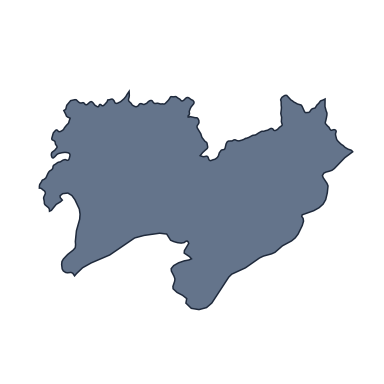 the District of Zlatiborski, rotated 280°
{"feature_id": "SRB-1505", "entity_name": "Zlatiborski", "entity_type": "District", "adm_level": 1, "iso_a3": "SRB", "parent_name": "Republic of Serbia", "parent_adm1": "", "projection": "equal_earth", "projection_center": [19.945, 43.584], "detail": "fine", "context": "isolated", "style": "filled", "palette": "slate", "viewbox_px": 384, "rotation_deg": 280, "n_neighbors": 0, "source": "natural_earth", "source_scale": "10m", "svg_char_len": 5960}
<svg xmlns="http://www.w3.org/2000/svg" viewBox="0 0 384 384"><g transform="rotate(280 192 192)"><path d="M154.7,290.4L147.0,284.2L144.9,281.1L141.3,273.5L138.8,270.0L126.6,257.8L118.0,245.4L114.6,243.0L86.1,230.8L80.7,226.4L77.4,219.3L77.3,211.5L81.5,205.3L86.1,205.3L88.6,200.7L90.5,194.7L93.4,190.2L95.7,189.6L101.0,190.4L103.4,190.3L105.8,189.0L110.6,185.4L112.9,184.8L116.3,186.7L119.9,191.0L122.8,196.2L124.5,200.7L126.1,203.1L127.9,200.8L130.5,194.9L133.0,194.7L140.8,197.7L142.4,196.7L142.9,195.6L142.3,194.4L140.8,193.0L139.8,190.2L139.6,186.5L140.0,182.6L140.8,179.3L146.2,174.4L145.8,167.3L140.9,152.3L136.8,143.5L115.7,121.9L104.7,105.1L98.4,97.4L91.4,92.3L89.0,90.9L91.3,88.7L91.8,86.8L90.8,83.4L90.8,81.5L91.9,79.0L93.7,77.5L98.0,76.2L101.0,76.0L103.7,77.0L108.9,80.4L114.2,85.1L116.9,86.7L119.9,86.5L123.0,85.7L133.9,84.9L145.7,86.1L150.7,85.6L155.6,84.0L164.1,78.0L167.7,74.3L169.4,69.9L167.9,64.9L165.3,62.7L163.5,63.3L162.2,64.9L161.5,65.7L159.5,64.2L156.2,60.4L149.5,56.7L148.3,55.0L150.5,54.4L151.0,54.0L151.6,53.4L153.8,49.6L154.8,48.7L157.2,48.1L160.2,46.9L161.2,46.9L164.7,47.8L165.3,47.8L166.6,47.3L167.5,46.4L168.2,44.8L169.2,43.2L169.4,42.5L169.5,41.8L169.3,41.0L171.1,40.7L173.0,40.7L175.5,41.8L177.2,42.3L177.8,42.6L178.8,44.2L180.6,45.7L185.3,46.9L187.1,47.6L188.1,48.3L189.4,49.8L190.6,50.6L191.5,50.8L193.3,50.7L194.4,51.2L195.8,52.8L197.6,54.5L198.2,55.4L198.6,56.6L199.0,57.3L200.8,59.2L201.4,60.2L201.9,61.4L201.9,62.0L201.5,63.4L201.5,63.7L201.8,64.4L202.5,65.0L203.7,65.3L206.7,65.5L207.7,65.3L208.4,64.8L208.7,64.4L209.1,63.4L209.1,62.6L209.1,61.1L208.9,59.7L208.1,57.1L206.7,53.9L205.6,52.5L203.1,50.9L202.0,50.0L201.4,49.4L201.4,48.7L201.8,48.1L203.2,47.3L204.1,47.0L205.4,46.9L206.5,47.1L207.3,47.7L209.3,49.6L212.3,51.3L212.8,51.3L213.6,51.0L215.3,49.3L217.9,48.3L218.5,47.3L219.1,45.3L219.8,44.7L220.7,44.6L224.8,45.0L226.2,45.2L227.7,46.1L229.1,47.0L229.6,47.7L229.5,48.6L228.4,50.0L228.3,50.7L228.7,51.9L229.9,53.4L231.2,54.6L233.2,55.3L236.1,56.9L237.6,58.0L238.6,58.5L241.2,58.8L243.5,59.2L244.2,56.5L244.9,55.2L246.5,54.2L250.0,51.6L250.9,52.7L251.5,53.2L252.4,53.4L254.8,53.5L255.7,53.6L260.9,56.6L262.5,60.4L262.7,61.4L262.7,62.0L262.3,62.6L261.0,64.5L260.4,65.8L260.3,66.9L260.4,67.5L261.0,68.8L261.1,69.5L260.8,70.3L259.7,71.6L259.5,72.3L259.7,73.2L260.1,73.7L262.9,75.9L263.5,76.9L263.5,77.5L263.3,78.0L262.7,79.0L260.6,81.3L259.6,83.9L259.6,84.6L259.7,84.9L260.1,85.2L261.8,85.7L262.1,85.9L262.3,86.3L262.2,87.0L261.4,88.3L261.4,89.2L261.7,89.7L262.7,90.6L266.1,92.7L267.0,92.9L268.0,93.0L268.6,94.8L269.4,96.3L269.6,97.0L269.6,97.6L269.4,98.0L268.4,99.3L266.7,100.5L266.3,100.9L266.2,101.2L266.1,102.1L266.5,103.2L268.6,106.1L272.1,108.9L274.6,110.3L276.9,111.1L280.2,112.6L276.2,113.5L274.6,113.6L272.2,113.4L271.3,113.6L270.7,113.9L270.0,114.7L268.8,116.6L267.3,118.0L267.1,118.4L266.3,120.8L266.2,122.0L266.4,122.5L266.8,123.2L267.4,123.9L269.2,124.8L269.9,125.4L270.2,126.5L270.1,127.6L269.9,128.4L269.8,129.5L271.5,132.0L273.3,133.2L274.1,134.0L274.7,134.8L275.0,135.5L275.1,136.1L274.9,136.9L273.3,138.5L272.8,139.5L272.7,140.1L273.5,142.8L273.2,145.9L273.7,147.7L273.7,148.9L273.8,149.4L274.4,150.2L277.8,152.5L279.0,153.2L281.8,154.3L282.2,154.7L282.3,155.0L282.5,157.2L283.1,159.1L283.1,159.8L282.1,161.8L281.3,163.9L280.0,165.6L279.9,166.4L280.1,166.9L280.9,167.9L283.2,169.5L283.9,170.2L284.3,171.1L284.3,172.0L284.1,172.7L283.0,174.8L282.4,176.9L281.4,178.1L280.4,178.5L279.3,178.4L275.5,176.3L273.8,175.8L271.0,175.3L270.4,175.4L268.9,175.9L268.3,175.9L267.2,175.7L266.5,175.0L265.2,175.1L265.2,176.0L265.9,176.9L265.8,180.4L265.7,182.0L265.9,183.7L265.9,184.2L265.2,185.2L263.7,186.3L261.8,186.8L260.7,186.7L258.2,185.6L257.1,185.6L256.1,186.0L250.8,190.6L248.2,191.9L247.4,192.4L244.2,195.9L243.4,197.7L242.7,198.3L239.2,199.6L238.5,199.7L237.7,199.5L236.9,199.0L235.5,197.8L232.6,195.6L229.2,193.7L228.9,195.3L228.7,196.9L229.0,198.0L229.6,199.5L229.8,200.0L229.8,200.7L229.2,201.7L227.2,202.8L226.7,203.2L226.3,203.7L226.1,204.2L226.1,204.7L226.3,205.3L227.3,206.9L228.1,208.6L228.4,209.1L229.4,210.1L230.5,211.0L232.1,211.7L235.4,212.1L238.0,213.4L238.6,214.0L239.4,216.2L240.1,216.8L241.3,217.0L245.2,217.2L247.2,217.8L248.0,218.4L248.5,219.1L248.7,219.8L249.1,222.0L249.3,222.6L249.6,223.1L250.4,223.9L250.8,224.8L250.9,225.4L250.4,227.5L250.4,229.0L250.6,229.7L251.9,232.4L253.1,234.3L254.0,235.2L254.2,235.6L254.1,235.8L255.5,238.3L258.1,241.6L258.4,242.1L259.1,244.4L259.5,245.0L261.6,247.2L263.7,249.8L264.0,250.4L264.2,252.1L265.4,254.2L265.9,255.6L268.0,258.2L268.3,258.7L268.4,259.3L268.3,260.3L268.0,260.8L267.1,261.7L266.9,262.1L266.9,263.0L267.2,263.7L268.1,264.9L269.0,265.7L270.9,266.9L272.8,268.8L273.4,269.1L274.2,269.1L276.7,267.8L281.1,267.3L284.2,266.0L285.0,265.8L289.2,265.6L290.9,265.4L293.2,264.7L296.4,264.1L298.1,263.3L298.9,263.4L300.8,264.1L303.0,266.3L303.5,267.5L303.6,268.5L299.8,273.5L299.2,275.1L298.3,276.7L297.8,278.4L297.0,280.5L296.7,283.8L296.5,284.6L295.4,285.6L290.7,288.8L290.1,289.5L289.9,290.2L290.6,293.0L291.2,293.9L293.5,294.9L294.6,295.7L295.1,296.4L295.8,298.0L296.1,298.6L296.7,298.9L299.3,299.9L301.3,301.4L303.6,302.5L304.1,302.9L305.5,305.3L306.7,306.9L299.3,308.1L295.2,310.0L293.6,311.0L292.7,311.3L291.1,311.5L288.6,311.5L286.1,311.4L283.7,311.2L283.0,311.3L282.5,311.6L280.5,314.1L279.6,315.6L278.0,316.8L277.2,317.7L277.0,318.2L277.0,318.7L277.9,320.5L278.1,321.1L278.0,322.2L277.6,323.0L276.5,323.5L274.1,323.2L272.5,323.7L269.0,325.3L268.0,326.2L267.0,327.5L265.6,329.5L264.8,330.8L264.0,332.8L263.0,334.2L262.5,335.0L261.3,338.2L260.9,341.1L260.7,341.8L260.3,342.4L259.5,343.3L252.3,336.5L239.8,328.1L237.7,326.1L236.2,323.4L235.0,320.7L233.4,318.5L230.8,317.6L228.9,318.7L224.0,323.4L221.6,324.9L214.6,325.4L207.7,325.0L202.8,323.2L198.6,319.9L194.7,315.1L188.7,304.5L187.0,304.3L185.3,306.0L182.7,306.9L178.2,306.4L169.0,303.8L164.7,301.6L161.1,298.5L154.7,290.4Z" fill="#64748b" stroke="#1e293b" stroke-width="1.5"/></g></svg>